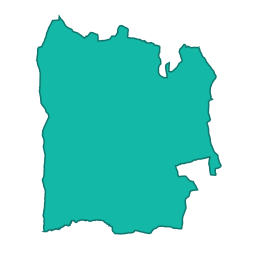 Nzega, Tabora, United Republic of Tanzania (Mercator projection), rotated 183°
{"feature_id": "72390352B4567455644907", "entity_name": "Nzega", "entity_type": "district", "adm_level": 2, "iso_a3": "TZA", "parent_name": "United Republic of Tanzania", "parent_adm1": "Tabora", "projection": "mercator", "projection_center": [33.009, -4.4], "detail": "fine", "context": "isolated", "style": "filled", "palette": "teal", "viewbox_px": 256, "rotation_deg": 183, "n_neighbors": 0, "source": "geoboundaries", "source_scale": "gbopen_adm2", "svg_char_len": 5725}
<svg xmlns="http://www.w3.org/2000/svg" viewBox="0 0 256 256"><g transform="rotate(183 128 128)"><path d="M42.9,85.6L38.0,85.5L37.9,87.2L38.7,88.5L38.7,91.5L38.3,92.1L36.1,92.6L35.1,93.0L34.5,93.7L33.6,94.0L33.2,95.6L34.9,98.4L35.7,100.6L36.4,102.4L36.9,105.1L37.2,105.8L39.9,107.9L40.9,109.1L44.8,117.5L45.6,122.4L47.2,126.9L47.5,131.0L48.5,134.7L49.5,136.8L49.1,137.7L48.4,138.5L47.0,139.3L46.2,140.6L48.1,146.3L48.6,146.9L48.6,154.9L48.9,158.7L47.7,160.0L45.3,161.1L47.1,162.5L46.7,163.5L47.5,166.2L48.0,168.6L47.8,172.7L46.5,177.1L44.8,180.1L43.1,182.3L42.8,184.3L44.3,186.5L45.5,189.4L48.0,191.9L48.7,193.2L50.6,195.1L53.5,198.6L54.2,200.4L55.5,202.0L57.2,203.1L58.9,206.7L60.1,208.4L60.5,210.3L61.5,211.6L61.5,212.2L61.9,211.9L64.0,212.0L67.2,211.8L68.3,211.5L69.5,211.5L72.5,212.7L73.2,212.1L74.3,211.9L74.7,213.6L76.2,214.4L76.5,214.2L78.8,210.8L79.7,210.1L80.2,209.4L80.7,207.3L80.7,206.1L79.4,204.0L79.4,203.2L77.4,198.0L78.3,196.8L80.1,195.4L82.2,191.3L86.5,186.9L88.0,186.3L90.2,186.7L90.2,195.3L92.9,193.7L93.5,192.5L93.5,189.6L93.0,188.3L92.9,187.0L92.1,183.9L91.5,180.4L94.7,180.2L95.9,180.6L98.6,181.9L100.3,184.5L100.6,185.2L100.5,186.9L100.8,188.5L100.4,191.4L99.8,192.6L98.9,193.3L98.6,194.7L99.2,197.9L99.5,198.6L100.8,200.2L101.2,202.9L101.6,203.3L100.7,204.4L100.3,205.5L100.5,206.2L100.5,210.2L100.6,210.9L100.9,211.4L101.9,211.4L103.6,212.1L105.5,212.0L106.1,212.3L106.4,213.1L106.8,213.5L108.4,214.0L109.0,214.4L110.7,214.2L111.7,213.7L113.5,214.0L113.6,214.3L114.3,214.3L115.2,214.7L115.6,215.3L115.3,215.5L116.2,216.1L117.8,215.6L118.4,215.6L119.2,216.0L120.6,217.1L121.9,216.9L127.4,218.1L129.0,217.9L132.0,218.1L133.2,218.6L133.4,219.1L133.0,220.7L133.2,222.5L132.9,226.0L133.2,226.8L134.4,227.7L135.8,228.1L139.0,229.7L139.8,229.7L140.2,229.9L141.6,229.5L142.8,227.5L143.3,225.7L143.4,224.4L143.0,222.8L143.4,222.8L145.3,219.0L148.9,218.9L150.7,215.8L152.4,215.2L156.3,214.0L158.6,213.9L162.1,213.2L162.5,213.5L162.8,218.0L163.4,219.8L163.7,219.9L164.5,219.9L168.0,221.2L170.2,221.4L171.0,220.6L173.5,217.1L174.1,217.5L174.5,217.5L176.2,215.4L176.9,216.1L178.5,216.9L179.2,217.7L183.8,220.4L188.0,221.4L188.9,223.0L189.5,223.6L192.5,224.7L194.9,226.0L196.6,228.0L197.7,230.1L198.6,231.3L199.4,232.3L200.4,232.9L202.5,235.8L202.6,233.0L202.8,231.9L204.2,232.0L209.0,231.3L210.4,227.8L212.3,224.0L213.0,221.4L214.1,218.7L214.7,214.3L214.8,214.3L215.5,212.8L215.9,210.6L217.2,208.0L218.5,204.5L219.7,204.5L220.5,204.0L221.5,203.8L222.2,202.4L222.1,196.8L222.4,194.5L222.4,191.4L222.8,190.9L222.3,190.3L221.0,185.4L219.9,183.4L218.5,178.3L218.1,165.6L218.1,163.8L218.3,163.7L218.0,162.5L218.4,160.8L218.3,159.7L218.0,159.0L216.7,153.3L216.7,152.5L216.2,149.8L216.3,149.1L216.0,148.2L214.2,145.7L212.0,143.3L211.3,142.2L210.8,140.5L210.2,139.3L208.9,138.4L208.5,137.9L207.5,135.0L207.5,134.6L207.9,134.1L211.7,124.6L213.1,120.2L212.8,118.3L213.1,117.5L213.1,116.8L212.8,115.4L211.2,112.0L211.3,111.2L211.0,110.6L211.0,107.6L211.5,105.6L211.5,104.8L209.2,96.4L209.2,94.9L209.5,93.5L209.3,92.3L209.3,88.9L209.6,86.8L209.6,83.8L209.3,82.9L209.5,80.4L209.2,78.5L209.5,77.5L209.4,76.1L209.5,75.0L210.8,71.7L209.2,66.7L208.9,65.2L207.7,62.6L207.0,59.4L207.3,57.9L207.1,56.2L207.3,52.9L207.0,50.8L207.3,48.0L207.1,45.8L207.2,45.7L207.2,43.7L207.7,41.1L207.6,38.8L208.0,37.9L208.1,35.8L207.1,33.6L206.8,32.1L207.1,30.5L206.6,28.5L207.1,25.1L206.8,22.9L206.3,21.2L206.5,20.5L206.8,20.3L205.7,20.2L204.8,20.4L203.9,20.3L203.6,20.4L203.0,21.1L201.8,21.6L201.2,22.2L200.4,22.4L199.7,22.0L199.2,22.0L199.0,21.6L198.4,21.8L198.2,22.4L197.5,22.2L196.8,22.7L196.2,22.8L195.7,23.5L195.3,23.5L194.8,23.2L194.6,23.6L194.1,23.3L193.1,23.8L192.6,23.1L192.1,23.1L192.3,23.4L191.9,23.7L191.7,23.9L191.5,23.7L191.2,24.0L191.0,23.8L190.3,24.0L190.2,24.2L190.4,24.8L189.5,25.3L188.6,25.5L187.6,26.3L187.2,26.3L187.0,26.5L187.1,26.8L186.2,27.5L185.3,27.8L184.6,27.8L182.7,27.2L182.2,27.3L182.0,27.9L181.3,27.6L180.9,27.7L180.6,28.7L180.8,29.2L180.6,29.8L179.9,30.0L179.7,30.9L180.0,31.3L179.8,31.4L179.7,32.4L179.3,32.7L178.7,32.4L178.4,32.6L177.9,32.4L177.3,32.7L176.8,32.4L176.5,32.6L176.0,31.4L175.1,31.4L175.0,31.0L174.7,31.0L174.1,31.4L173.0,32.7L172.5,33.0L171.7,32.9L171.3,33.3L169.9,33.6L169.3,34.0L168.7,33.7L168.0,33.9L167.6,33.7L166.4,33.9L166.3,33.5L165.6,33.2L165.5,33.5L165.2,33.3L164.7,33.7L163.3,33.8L161.7,32.9L161.1,32.9L159.1,33.5L158.6,33.8L157.0,34.0L156.5,34.4L155.8,34.1L155.3,34.5L154.6,34.6L152.0,34.3L151.5,34.7L151.2,34.7L150.4,34.4L147.9,34.2L147.5,34.0L146.4,32.6L145.1,32.2L144.4,31.3L144.0,31.5L142.9,30.7L142.4,30.7L141.8,30.1L141.6,30.2L141.8,29.6L141.4,29.7L140.4,29.1L139.6,28.9L139.4,28.6L138.8,28.5L138.2,26.8L138.4,26.2L138.2,25.2L137.7,24.0L136.7,23.3L135.6,21.9L133.1,22.1L132.4,21.9L128.5,22.0L127.2,22.4L125.7,22.4L122.3,23.3L118.5,23.6L116.5,24.7L116.0,26.0L112.8,25.8L110.1,25.1L107.5,24.8L106.0,24.4L102.2,23.9L100.5,23.9L99.2,24.9L99.2,26.0L98.4,26.5L97.4,28.1L95.5,29.2L95.0,29.2L92.6,31.3L90.4,31.6L88.2,31.8L85.6,31.4L84.0,31.6L80.9,31.6L79.8,31.5L77.5,30.4L74.8,30.4L71.6,30.1L69.2,30.2L68.9,34.0L68.5,35.1L68.9,39.2L68.7,42.1L65.9,51.0L67.0,57.4L67.0,58.9L66.6,60.6L63.7,62.9L63.4,63.9L62.6,67.5L62.0,68.4L59.7,69.2L55.3,69.9L57.2,73.4L59.1,76.1L60.1,77.9L60.7,77.8L62.2,78.3L62.8,78.1L63.2,78.3L64.5,79.4L67.9,82.9L71.0,82.7L74.9,82.1L75.9,84.4L76.1,86.7L78.1,91.0L78.5,92.8L77.3,92.9L76.5,93.2L74.6,94.5L73.7,94.4L73.3,95.0L72.8,95.2L69.5,95.6L67.8,96.5L65.4,96.8L62.3,97.9L60.8,99.3L58.2,99.7L56.3,100.7L53.7,100.8L53.1,101.1L52.5,101.1L51.4,101.4L50.9,101.8L49.6,101.8L48.8,102.1L48.3,102.7L47.5,102.5L47.0,102.9L45.9,103.0L44.9,103.5L44.5,103.3L44.5,102.6L45.1,101.2L45.4,96.1L44.6,94.3L43.8,88.8L42.9,85.6Z" fill="#14b8a6" stroke="#0f766e" stroke-width="1.5"/></g></svg>